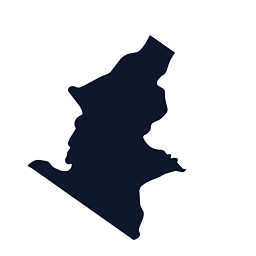 the border of Centro Sur, rotated 35°
{"feature_id": "GNQ-1468", "entity_name": "Centro Sur", "entity_type": "Province", "adm_level": 1, "iso_a3": "GNQ", "parent_name": "Equatorial Guinea", "parent_adm1": "", "projection": "robinson", "projection_center": [10.435, 1.583], "detail": "fine", "context": "isolated", "style": "filled", "palette": "ink", "viewbox_px": 256, "rotation_deg": 35, "n_neighbors": 0, "source": "natural_earth", "source_scale": "10m", "svg_char_len": 2205}
<svg xmlns="http://www.w3.org/2000/svg" viewBox="0 0 256 256"><g transform="rotate(35 128 128)"><path d="M93.5,40.1L122.7,40.1L122.9,47.6L124.0,52.5L126.1,58.9L126.4,61.1L126.2,62.9L125.1,65.9L124.6,68.1L124.2,71.7L124.5,73.6L125.1,74.9L125.3,75.1L126.8,76.6L128.3,76.8L133.9,76.3L136.3,76.9L137.0,77.9L140.5,82.6L149.4,90.7L150.2,93.1L149.9,96.6L149.2,100.2L148.3,103.0L144.9,108.8L144.3,110.9L144.6,112.9L146.3,115.8L146.8,117.5L146.1,121.7L144.5,124.8L144.7,127.3L149.1,129.7L153.2,130.9L156.9,131.4L160.4,131.0L164.2,129.7L168.6,127.2L170.2,126.8L171.4,126.9L173.8,127.8L175.1,128.0L176.4,127.3L177.4,126.2L178.3,125.9L180.1,129.5L181.2,129.0L182.8,126.9L183.8,126.4L184.7,125.7L185.7,125.3L186.6,125.8L186.8,126.5L187.1,128.1L187.5,128.6L189.6,129.3L196.4,130.6L197.0,130.5L197.5,130.1L198.8,129.5L198.8,130.3L198.0,132.0L196.6,132.8L191.9,134.8L190.4,136.0L184.4,143.4L183.4,145.2L181.4,149.4L175.9,157.8L173.4,162.5L171.7,167.3L171.4,168.9L171.7,171.0L172.7,173.4L181.4,184.3L183.0,185.5L188.5,188.4L190.1,190.5L191.4,193.6L193.6,203.4L194.8,206.0L195.9,206.9L197.0,207.5L197.9,208.3L198.7,209.4L198.8,211.0L198.6,212.4L196.8,215.4L196.5,215.8L166.4,215.7L126.5,215.6L123.4,215.6L86.6,215.4L72.1,215.4L68.2,215.9L68.1,215.6L69.0,212.5L70.3,209.5L71.0,208.3L71.8,207.4L72.5,206.7L75.6,204.8L78.8,203.4L79.4,203.0L81.0,202.3L82.3,202.1L83.5,202.2L86.2,203.1L87.8,203.5L89.9,203.6L92.4,203.3L97.4,202.2L99.5,201.4L101.6,200.2L103.3,198.7L104.5,196.7L104.9,194.8L104.8,192.9L104.3,191.1L103.6,189.7L102.4,189.0L101.6,189.1L100.8,189.9L99.9,191.1L98.7,191.6L97.3,191.5L95.9,190.6L95.2,189.5L94.5,185.7L94.1,184.4L93.3,183.4L92.9,182.2L92.8,180.1L92.8,178.4L92.6,176.9L91.8,176.0L90.3,176.0L89.1,175.5L88.0,174.4L87.3,171.5L86.9,169.1L86.5,159.2L86.0,157.6L83.4,156.0L82.2,154.7L81.2,152.4L81.0,150.3L81.2,148.5L82.6,145.1L83.5,143.2L83.4,142.5L83.0,141.7L80.6,139.5L76.7,137.4L68.2,134.6L58.8,131.7L57.8,131.1L57.3,130.2L57.2,128.9L57.9,127.2L59.1,126.0L61.4,125.1L63.9,124.5L65.7,123.2L68.2,119.2L76.4,102.8L81.1,95.6L82.3,92.6L83.0,76.3L83.5,73.6L84.3,71.2L85.8,68.3L87.1,66.7L92.1,61.6L93.1,60.2L93.8,58.3L94.3,55.6L94.5,48.4L93.5,40.1Z" fill="#0f172a" stroke="#020617" stroke-width="1.5"/></g></svg>